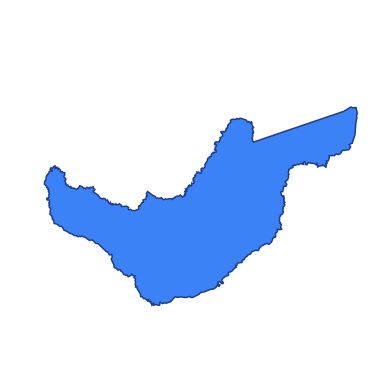 the district of San Alberto, Cesar, Colombia, rotated 13°
{"feature_id": "7082276B88825999787077", "entity_name": "San Alberto", "entity_type": "district", "adm_level": 2, "iso_a3": "COL", "parent_name": "Colombia", "parent_adm1": "Cesar", "projection": "albers", "projection_center": [-73.5, 7.834], "detail": "fine", "context": "isolated", "style": "filled", "palette": "blue", "viewbox_px": 384, "rotation_deg": 13, "n_neighbors": 0, "source": "geoboundaries", "source_scale": "gbopen_adm2", "svg_char_len": 6042}
<svg xmlns="http://www.w3.org/2000/svg" viewBox="0 0 384 384"><g transform="rotate(13 192 192)"><path d="M283.1,197.1L283.7,194.1L284.7,193.7L285.6,191.3L284.4,188.7L284.6,187.6L284.0,187.2L285.3,183.8L283.9,182.1L284.8,181.1L283.5,180.2L283.7,179.0L282.9,178.4L283.3,177.1L282.3,176.8L282.6,175.4L282.1,175.2L281.6,175.9L280.0,174.9L278.4,172.0L280.3,171.2L280.1,165.8L282.3,165.1L282.6,163.3L280.5,161.0L282.4,158.5L282.7,155.9L282.1,153.6L282.5,153.0L281.4,151.3L281.6,149.5L281.1,148.4L282.1,147.8L282.3,146.8L284.5,145.8L284.9,144.9L283.9,143.9L285.0,142.9L286.7,142.7L288.3,141.5L290.0,141.2L291.1,139.8L294.4,140.0L293.7,138.3L294.8,137.1L295.4,137.4L296.1,139.3L297.2,139.8L297.9,139.5L298.0,138.1L298.8,137.4L305.0,136.7L306.7,137.6L307.5,136.2L308.8,139.3L309.8,138.2L313.0,136.9L313.2,136.2L316.9,137.7L317.0,136.3L316.0,134.3L316.2,133.8L317.0,134.0L317.2,133.4L316.0,131.6L317.7,131.1L318.1,127.6L317.6,125.6L322.4,124.6L323.9,122.5L325.9,122.6L327.7,121.5L328.6,120.0L328.5,118.7L329.5,117.7L335.3,115.5L336.4,112.4L334.5,110.3L337.1,108.5L337.9,99.4L336.1,87.8L335.9,82.5L335.1,80.1L335.5,78.5L332.8,72.8L329.8,73.8L327.6,73.5L321.8,79.2L240.9,129.4L239.8,129.0L238.4,125.2L238.7,123.7L237.9,121.9L238.4,120.9L239.1,121.0L237.9,120.3L238.3,119.6L236.6,116.6L237.5,115.4L235.7,113.8L234.8,111.5L234.1,111.5L234.5,110.7L234.1,110.3L232.7,111.4L231.4,110.5L230.2,111.5L228.9,109.8L223.3,109.2L221.9,109.5L221.3,110.5L219.3,110.3L218.4,111.3L214.6,112.2L213.3,113.5L214.0,115.2L211.9,118.9L212.1,121.7L211.2,122.2L210.9,125.1L210.2,126.1L209.3,125.9L208.9,126.5L207.7,126.2L207.6,126.7L206.7,127.0L207.5,128.2L208.6,128.3L209.1,130.4L208.3,132.0L207.1,132.6L207.6,133.4L207.2,137.1L203.9,137.9L203.2,139.0L203.3,140.5L204.6,140.3L205.5,141.1L204.5,142.8L205.0,143.5L204.4,145.5L205.1,146.2L206.1,145.9L206.6,147.7L204.1,148.5L204.7,149.8L203.9,148.7L203.5,149.0L202.4,151.2L202.7,153.1L201.9,153.2L200.9,154.2L200.9,155.1L199.8,155.7L199.9,158.0L198.4,162.4L199.1,163.9L198.9,164.9L197.6,166.7L196.5,166.4L195.7,167.3L195.9,168.8L197.0,169.3L196.3,170.5L196.6,171.6L195.0,171.9L194.1,171.1L192.3,171.5L192.8,172.3L191.0,175.2L191.6,176.0L191.3,177.2L190.4,177.7L190.6,178.8L190.1,179.1L190.8,181.2L191.8,181.4L191.8,182.9L190.4,183.8L189.8,183.5L190.2,185.6L189.3,186.2L188.4,185.9L188.7,186.7L187.4,186.5L187.0,187.5L187.4,188.0L186.2,189.5L186.7,189.9L186.4,190.7L185.1,190.7L185.6,191.4L185.0,193.0L186.3,192.7L185.8,193.6L186.1,194.6L185.5,194.8L186.2,195.6L185.4,196.2L185.8,197.5L184.6,197.8L184.1,199.0L181.2,197.6L180.1,199.0L178.2,199.4L176.6,200.7L176.5,201.4L175.1,202.3L174.8,203.6L174.1,203.2L171.4,203.6L169.1,204.8L167.8,204.7L165.9,206.0L163.3,204.4L161.9,205.5L158.3,205.8L157.2,204.7L154.5,204.1L148.5,201.5L147.9,203.9L149.4,206.3L148.6,206.4L148.6,209.0L146.1,210.8L146.8,212.9L145.6,213.7L144.8,217.1L143.8,217.2L143.2,217.9L143.9,220.2L143.5,221.0L140.0,223.2L137.7,223.5L135.9,222.8L134.2,223.5L133.4,222.1L133.7,221.3L132.3,220.8L131.3,220.5L127.2,221.9L126.9,221.5L126.4,221.8L125.8,220.6L123.8,219.8L123.0,220.9L121.3,221.3L120.6,220.8L120.6,221.4L118.4,221.4L117.6,222.3L116.7,222.4L116.9,221.4L115.6,221.9L114.9,220.9L114.9,221.9L113.5,221.5L111.5,218.9L110.9,219.6L108.3,218.0L106.9,218.2L106.5,218.8L104.0,218.7L101.1,216.1L95.9,214.2L95.5,213.3L96.2,213.0L96.9,211.5L94.7,210.1L94.5,209.2L92.9,210.3L91.8,210.2L91.0,211.8L89.4,211.0L88.2,211.3L87.4,212.8L86.5,212.4L85.8,212.8L83.5,211.4L81.3,211.2L80.4,213.7L78.6,215.5L76.1,214.8L72.8,215.2L73.1,214.4L72.6,213.9L72.1,214.7L70.1,214.2L69.4,213.1L68.7,213.8L67.3,213.0L67.3,212.1L65.7,210.0L66.3,208.1L65.7,207.1L64.2,206.7L63.7,205.6L64.2,203.5L63.6,201.8L61.5,202.2L61.1,201.4L59.2,201.9L59.0,200.6L58.0,199.6L57.4,199.7L57.1,199.2L56.3,199.9L55.7,198.5L55.1,199.2L54.3,198.6L53.6,199.4L53.7,198.2L52.8,198.3L52.6,197.4L51.4,198.4L51.1,200.0L49.3,200.2L48.7,200.8L48.8,201.8L50.9,202.4L51.1,203.2L50.6,203.4L49.4,202.9L48.3,204.4L48.4,205.3L46.8,208.7L46.5,210.3L47.0,212.4L46.1,214.7L46.4,217.4L49.5,219.5L49.5,220.4L51.2,220.8L51.0,221.9L52.2,222.6L52.0,223.6L53.4,225.7L53.1,226.7L53.8,228.8L53.3,230.4L52.1,230.5L52.0,231.5L52.8,232.4L54.3,231.9L55.5,233.6L54.9,235.0L56.0,235.8L55.6,237.0L56.4,238.9L57.8,239.9L58.6,245.8L60.4,246.5L61.8,248.6L61.9,249.8L63.4,250.6L64.8,253.6L68.0,253.8L70.5,255.1L71.6,254.8L73.7,255.4L76.0,258.1L78.9,258.4L81.9,259.7L84.6,259.8L87.0,260.9L89.5,260.6L91.2,261.2L92.2,260.4L93.5,260.6L94.5,259.8L98.6,260.3L102.4,262.1L106.1,261.2L109.7,263.7L112.1,263.5L121.4,269.0L123.7,269.8L125.7,271.9L127.8,270.9L129.0,273.5L128.4,275.2L129.1,276.7L131.9,280.0L133.2,283.0L135.6,283.5L137.3,284.8L139.8,283.8L140.5,285.1L141.8,285.4L144.1,287.7L146.4,288.0L147.5,287.5L148.9,289.0L151.3,287.0L151.9,285.7L153.7,286.9L155.3,286.5L154.8,288.4L156.4,289.1L156.5,291.4L157.3,292.4L157.6,295.3L158.3,295.9L158.3,297.3L160.0,297.0L160.2,298.5L163.1,301.2L164.7,303.2L165.5,305.5L167.0,305.2L168.9,306.8L170.3,306.4L172.6,307.6L173.6,306.8L173.7,308.2L175.2,307.3L175.4,308.4L176.7,308.2L176.8,309.4L177.7,309.8L178.4,311.2L179.2,309.1L179.8,309.4L180.1,311.0L181.4,309.9L185.5,309.8L186.0,308.6L185.4,307.3L185.7,306.6L188.5,307.3L190.2,306.2L192.0,306.1L196.0,303.6L199.0,297.8L201.6,298.0L204.4,296.7L210.1,296.2L213.0,294.3L214.7,295.0L216.4,294.6L221.7,290.2L223.4,287.5L226.0,286.8L232.2,282.6L234.9,281.6L236.7,279.8L237.7,276.9L238.8,277.8L239.8,277.8L240.1,276.3L237.8,275.5L237.6,273.9L238.9,273.0L241.6,274.6L242.9,274.1L243.0,273.3L241.0,271.9L241.0,269.8L243.4,266.9L246.0,265.1L246.4,264.4L245.7,262.9L246.0,261.9L248.5,260.5L250.8,256.3L252.1,255.4L250.9,254.0L252.3,253.0L252.1,251.1L256.5,249.4L256.3,247.3L258.0,246.1L258.5,243.8L260.2,242.1L261.1,240.3L262.6,239.6L264.1,236.5L266.8,234.6L269.8,234.1L270.7,230.7L272.2,228.6L276.3,225.3L278.8,225.6L280.7,222.9L281.6,217.8L283.0,217.6L283.5,216.8L282.7,213.4L284.2,211.4L283.5,209.0L286.1,209.0L287.7,208.0L286.3,206.6L286.3,203.7L285.7,202.9L284.7,202.8L284.8,201.9L283.8,200.9L283.1,197.1Z" fill="#3b82f6" stroke="#1e3a8a" stroke-width="1.5"/></g></svg>